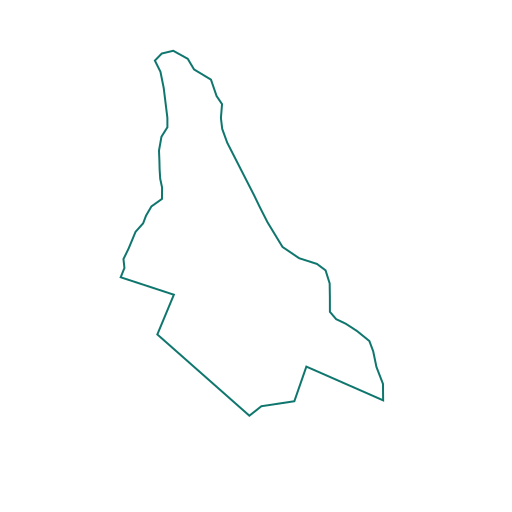 outline of Bernardino Batista, Paraíba, Brazil, rotated 117°
{"feature_id": "56859067B48691162320269", "entity_name": "Bernardino Batista", "entity_type": "district", "adm_level": 2, "iso_a3": "BRA", "parent_name": "Brazil", "parent_adm1": "Paraíba", "projection": "natural_earth1", "projection_center": [-38.57, -6.476], "detail": "fine", "context": "isolated", "style": "outline", "palette": "teal", "viewbox_px": 512, "rotation_deg": 117, "n_neighbors": 0, "source": "geoboundaries", "source_scale": "gbopen_adm2", "svg_char_len": 823}
<svg xmlns="http://www.w3.org/2000/svg" viewBox="0 0 512 512"><g transform="rotate(117 256 256)"><path d="M118.4,431.9L127.8,434.8L135.2,424.8L148.2,414.5L173.1,397.7L181.5,393.4L192.6,394.4L206.1,390.3L215.2,385.2L222.4,381.3L230.7,376.4L237.6,370.8L247.8,365.7L259.3,371.7L270.0,372.3L278.1,371.4L289.1,374.3L307.1,372.9L318.9,372.7L326.4,367.8L336.4,366.9L327.8,311.6L370.7,308.3L401.3,189.4L387.4,183.0L368.0,155.9L331.7,160.9L326.9,77.2L312.3,84.8L300.2,98.3L287.6,108.4L280.3,116.4L277.0,131.9L275.6,145.3L275.9,155.9L272.2,164.8L259.1,171.5L247.0,177.9L237.2,187.5L235.4,198.0L238.4,216.6L235.9,236.5L220.7,261.1L210.5,275.1L202.9,285.1L168.1,333.1L158.1,343.8L149.0,349.9L136.1,355.2L131.4,363.7L119.3,376.2L117.9,395.9L111.3,406.3L110.7,422.9L118.4,431.9Z" fill="none" stroke="#0f766e" stroke-width="2"/></g></svg>